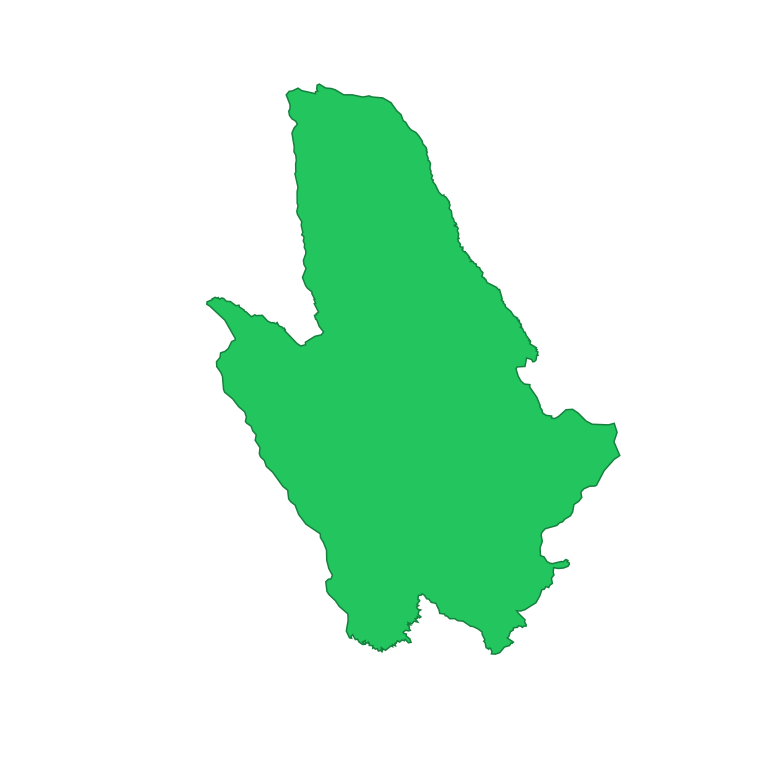 the district of Nganjuk, Jawa Timur, Indonesia, rotated 135°
{"feature_id": "22746128B46559606025688", "entity_name": "Nganjuk", "entity_type": "district", "adm_level": 2, "iso_a3": "IDN", "parent_name": "Indonesia", "parent_adm1": "Jawa Timur", "projection": "equal_earth", "projection_center": [111.94, -7.615], "detail": "fine", "context": "isolated", "style": "filled", "palette": "green", "viewbox_px": 768, "rotation_deg": 135, "n_neighbors": 0, "source": "geoboundaries", "source_scale": "gbopen_adm2", "svg_char_len": 6171}
<svg xmlns="http://www.w3.org/2000/svg" viewBox="0 0 768 768"><g transform="rotate(135 384 384)"><path d="M249.0,193.4L254.2,196.4L265.2,208.3L267.3,214.9L267.3,226.4L268.6,232.8L273.5,237.1L283.4,237.6L287.7,238.8L289.5,241.5L288.1,242.8L291.6,247.3L292.3,251.5L290.6,253.9L290.0,257.7L288.9,258.1L285.4,266.4L283.1,278.8L281.3,280.4L284.8,284.7L285.1,289.3L283.6,294.6L279.8,301.6L277.6,301.8L271.9,296.7L264.8,301.6L262.3,297.1L263.1,294.5L261.6,293.5L259.5,293.5L255.8,296.2L254.7,295.4L254.3,296.7L252.5,297.8L253.0,299.8L252.1,300.1L252.7,300.5L251.5,300.2L251.5,301.7L250.6,301.9L252.5,309.5L250.6,310.1L250.8,312.1L250.0,311.6L249.2,317.4L247.7,320.9L248.4,321.5L246.7,325.6L247.4,327.7L245.9,327.6L245.6,329.2L244.7,329.2L244.9,331.4L243.4,333.2L244.6,333.6L243.6,334.8L243.9,336.2L243.0,336.2L244.1,340.7L243.0,345.6L243.6,352.8L242.4,354.1L242.3,357.1L241.3,357.6L241.6,360.5L240.2,360.6L235.5,369.1L236.4,369.5L236.1,372.8L239.4,382.9L238.0,386.4L238.7,387.1L238.1,388.2L238.9,390.7L235.3,392.8L235.3,395.9L234.2,398.7L235.5,401.6L234.0,403.7L234.9,405.4L234.5,407.5L236.0,409.3L234.7,409.2L234.7,413.1L234.0,412.9L233.6,414.6L233.1,418.5L233.7,419.5L233.0,420.2L234.1,421.8L233.7,424.0L232.6,423.7L231.4,425.1L232.9,426.5L233.0,427.7L231.1,428.8L230.6,432.3L229.2,434.5L228.1,433.8L227.5,435.7L225.1,437.2L223.8,440.5L221.4,441.7L221.2,443.4L222.5,446.2L221.4,446.5L220.1,445.2L219.3,446.6L219.7,448.8L217.9,452.0L218.1,453.5L214.0,458.7L213.9,462.0L210.5,464.1L210.1,465.9L209.1,466.3L208.0,472.4L208.8,474.1L208.0,475.3L209.6,476.1L209.6,480.8L206.8,488.7L206.5,492.5L204.9,493.4L205.3,495.6L202.3,497.2L202.1,499.7L200.4,501.1L199.0,504.1L195.2,507.0L194.3,509.8L194.8,510.8L192.9,512.8L191.2,516.7L189.4,517.3L189.1,519.1L188.1,519.3L187.0,521.6L186.7,526.5L185.2,528.7L183.9,535.2L183.6,539.3L185.2,544.7L184.9,548.9L183.6,553.6L184.2,556.6L181.5,562.4L181.8,568.4L180.1,577.9L182.6,587.2L189.5,595.4L190.8,598.3L196.0,601.8L202.1,611.1L208.0,616.9L210.4,626.4L212.3,630.2L216.0,634.6L217.7,641.8L220.0,642.6L223.1,640.1L223.8,637.9L225.7,639.1L227.2,637.8L234.7,649.6L235.6,654.0L241.7,656.1L244.1,658.0L248.7,657.6L252.8,648.2L255.7,645.1L258.4,644.3L260.9,640.8L261.6,636.7L260.6,632.3L261.6,628.9L266.6,628.6L271.7,626.5L279.6,615.4L283.5,611.8L284.5,608.3L287.9,604.1L291.0,602.0L296.6,596.1L298.2,595.8L305.8,583.8L309.3,581.6L317.6,573.2L318.6,570.9L323.6,567.7L325.3,565.1L327.4,556.9L330.3,554.8L334.2,548.6L336.8,547.6L336.4,545.2L337.1,544.0L340.0,542.2L341.1,539.1L343.9,536.8L345.0,533.6L347.2,531.4L353.5,528.5L356.1,525.1L357.3,520.9L366.3,517.0L369.8,509.1L370.4,505.9L369.8,499.9L371.0,499.1L373.0,492.9L373.7,493.3L375.2,489.5L376.5,490.1L379.4,481.2L382.3,481.6L382.7,480.7L384.6,481.7L386.5,478.2L386.2,476.9L389.1,470.5L389.9,463.6L393.6,463.1L399.2,466.6L410.1,469.1L411.7,467.2L416.0,469.8L416.9,474.3L416.5,492.2L415.5,492.0L415.1,494.3L416.1,494.7L415.9,496.5L417.2,499.3L416.1,503.1L417.9,503.1L418.6,505.3L420.7,507.4L421.8,511.0L421.5,518.6L426.1,522.8L426.3,524.2L430.2,525.3L430.5,532.6L431.2,534.0L430.6,535.3L431.8,540.7L430.8,542.2L433.4,544.2L434.3,550.9L437.0,554.0L436.9,557.8L437.9,559.6L440.3,560.3L440.1,562.4L441.2,562.6L442.1,564.7L445.3,565.7L445.6,565.0L451.0,567.2L452.9,565.7L452.1,562.2L451.4,541.7L457.0,521.3L458.2,520.4L461.8,521.7L468.9,519.2L473.5,519.5L477.5,521.6L481.2,518.7L486.7,518.2L490.0,514.5L491.2,507.6L492.9,503.5L501.3,493.6L502.5,490.9L501.5,480.5L502.8,470.9L502.2,462.8L504.6,458.0L508.5,455.5L508.8,453.5L507.8,448.2L510.0,443.5L510.3,438.4L514.9,435.3L516.7,426.7L521.4,422.9L522.8,419.9L522.7,414.5L525.5,408.8L525.1,400.4L527.9,383.1L527.2,377.0L532.7,370.1L533.2,366.4L532.5,361.2L536.6,352.1L538.3,340.0L535.0,323.1L537.5,320.4L538.8,314.9L542.1,307.2L549.0,300.0L553.5,292.5L555.7,285.3L559.3,283.7L561.4,285.3L565.0,285.3L571.0,277.7L571.8,274.1L571.6,265.1L572.9,258.3L572.1,247.0L576.4,242.3L585.3,236.0L587.9,228.9L586.7,227.1L585.8,228.7L583.4,228.9L585.0,223.5L583.1,222.3L584.1,219.4L583.4,215.0L581.6,213.5L581.7,216.7L578.9,215.8L579.8,215.3L580.2,213.4L577.5,212.5L577.8,211.8L578.6,212.4L578.1,210.6L579.3,209.6L576.9,206.8L578.8,205.2L577.7,204.9L577.6,202.6L575.8,201.6L576.8,199.2L574.7,198.0L574.8,196.1L573.0,196.8L573.6,197.8L572.4,199.5L571.2,194.6L564.3,193.9L563.6,192.1L562.3,193.7L561.0,190.7L559.7,192.8L558.7,192.1L556.0,193.0L555.5,190.5L552.2,190.2L551.2,188.1L549.6,188.6L549.7,183.7L547.5,182.2L545.9,185.7L546.6,190.2L545.0,191.3L546.3,193.4L546.0,195.0L542.7,194.5L541.4,192.2L539.6,191.2L539.3,193.1L537.9,194.1L537.5,196.8L535.9,195.2L536.3,197.6L535.8,198.4L534.0,194.7L530.4,195.0L528.5,191.8L527.9,196.0L526.0,194.8L524.9,196.0L524.2,193.5L522.6,193.2L522.8,197.0L519.9,198.8L517.9,198.3L519.4,201.1L518.5,203.5L516.2,202.8L516.6,204.9L512.1,205.4L511.7,206.2L512.5,207.5L509.2,210.2L507.0,208.4L505.5,208.8L504.8,205.9L505.7,201.9L504.4,200.3L505.0,196.2L502.4,192.2L505.1,184.9L506.8,182.4L503.9,178.5L504.6,176.9L503.5,175.2L503.5,171.5L499.9,168.1L499.2,164.5L495.8,160.4L494.1,151.3L492.7,149.9L490.7,144.4L490.0,139.3L491.6,137.6L493.6,131.7L495.4,131.6L495.5,129.4L498.2,125.4L497.5,122.4L496.3,122.8L495.6,121.7L497.0,118.4L498.9,117.2L496.1,114.1L492.0,112.2L484.8,112.8L480.2,110.3L477.5,110.9L476.7,110.0L475.0,110.0L476.4,117.3L474.3,117.2L469.8,119.5L466.7,118.6L464.9,120.0L461.6,117.5L459.8,118.0L458.4,115.7L458.3,114.1L456.1,113.8L454.7,112.3L453.7,113.2L453.0,116.1L451.0,117.6L451.1,127.1L450.5,129.9L448.0,126.9L443.9,124.8L431.2,121.9L424.0,123.9L417.8,126.9L415.9,125.6L412.6,126.2L411.5,123.6L408.8,124.5L406.0,123.9L402.9,128.3L398.8,128.8L397.6,131.1L393.9,134.2L391.4,130.5L387.1,126.9L382.8,125.0L380.2,125.6L379.5,126.8L380.2,129.0L378.7,129.2L379.5,131.3L383.2,131.7L384.1,133.1L392.0,137.9L393.6,140.4L394.3,143.4L393.1,148.7L394.7,151.9L389.5,157.8L383.4,160.7L379.9,165.8L377.6,167.4L372.4,167.7L361.6,161.7L358.1,161.8L355.3,160.3L351.7,160.6L345.4,159.0L341.1,160.1L334.9,164.5L329.3,163.3L324.3,164.0L321.6,168.0L320.0,168.5L316.6,168.5L311.0,166.4L306.9,162.6L305.2,162.2L289.6,167.1L274.5,168.0L267.9,166.7L262.3,180.5L253.4,185.0L249.0,193.4Z" fill="#22c55e" stroke="#15803d" stroke-width="1.5"/></g></svg>